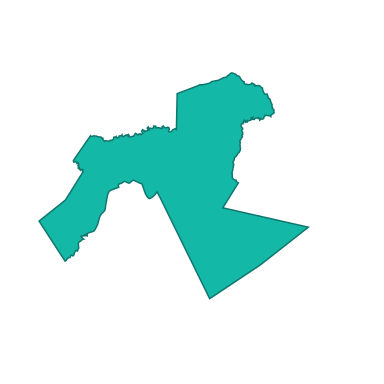 outline of Gilbués, Piauí, Brazil, rotated 122°
{"feature_id": "56859067B46664725205150", "entity_name": "Gilbués", "entity_type": "district", "adm_level": 2, "iso_a3": "BRA", "parent_name": "Brazil", "parent_adm1": "Piauí", "projection": "orthographic", "projection_center": [-45.496, -9.578], "detail": "fine", "context": "isolated", "style": "filled", "palette": "teal", "viewbox_px": 384, "rotation_deg": 122, "n_neighbors": 0, "source": "geoboundaries", "source_scale": "gbopen_adm2", "svg_char_len": 4443}
<svg xmlns="http://www.w3.org/2000/svg" viewBox="0 0 384 384"><g transform="rotate(122 192 192)"><path d="M69.8,221.4L71.4,222.4L72.7,222.5L73.9,223.2L74.9,223.5L76.7,223.9L78.2,225.8L80.6,227.2L81.6,227.9L82.9,228.5L88.0,233.9L90.2,234.6L91.3,235.8L92.9,237.1L94.0,238.4L95.8,240.3L96.2,241.3L96.8,242.1L99.6,243.9L100.7,244.8L116.5,256.7L118.8,255.3L147.2,238.4L147.1,239.6L148.0,240.4L149.4,241.3L150.6,241.5L151.9,241.7L152.8,242.3L153.0,243.9L150.6,244.6L149.7,245.7L149.9,246.9L150.8,247.4L152.0,249.4L151.2,251.3L152.4,252.0L154.1,251.1L154.6,251.7L154.6,252.9L155.4,255.0L156.8,256.4L155.4,257.5L156.4,259.5L157.8,258.7L159.5,259.5L159.7,260.7L160.8,262.2L160.0,263.6L161.6,263.9L162.2,262.7L162.1,261.4L164.6,263.1L165.0,264.0L165.9,264.3L165.2,265.5L165.3,266.9L167.2,266.9L167.8,265.7L168.2,264.8L170.2,265.4L170.0,266.5L170.8,267.7L172.1,267.7L172.5,268.9L172.0,269.9L172.2,271.0L173.0,271.1L174.7,271.1L175.7,271.1L176.4,272.2L177.5,272.9L178.3,273.9L178.7,275.0L178.4,276.4L177.4,275.4L176.8,276.3L177.7,276.9L178.3,277.4L178.6,278.2L179.5,278.4L180.7,279.4L181.7,279.4L181.5,281.0L180.6,281.7L181.9,281.9L183.1,283.5L184.0,283.1L184.7,283.6L185.7,283.5L185.7,285.0L185.1,285.8L186.3,286.1L186.9,287.4L187.9,287.1L188.6,286.5L189.7,286.9L190.6,287.2L191.3,288.6L192.7,289.3L193.3,290.0L193.7,290.9L194.2,292.3L195.2,293.2L195.2,294.1L194.7,295.4L193.6,296.0L194.2,297.0L193.6,298.1L194.4,299.8L195.0,300.9L195.3,302.9L195.9,303.7L196.2,304.9L197.2,305.7L198.4,306.9L198.0,307.9L212.7,308.6L228.2,309.3L228.8,308.7L229.3,308.0L228.4,307.2L227.8,306.7L228.3,305.5L228.8,304.7L227.6,304.0L229.1,302.4L229.8,302.9L230.6,301.6L231.2,300.2L232.0,301.1L232.2,300.0L232.6,297.9L231.5,297.8L230.9,296.6L232.2,296.1L232.3,295.1L265.8,295.1L272.8,297.5L283.3,301.2L297.7,306.3L317.9,263.0L316.6,262.4L315.2,262.5L314.1,262.2L312.9,261.7L312.3,260.8L311.4,260.8L310.1,261.3L309.5,260.5L309.3,259.1L308.0,258.8L305.9,259.4L303.3,259.7L302.8,257.8L301.7,258.2L299.6,258.3L298.1,259.5L296.8,260.5L295.3,261.4L294.3,261.3L293.2,260.8L292.3,260.2L291.1,260.1L290.2,259.7L289.4,258.9L289.2,260.2L288.9,261.6L288.2,262.7L286.1,259.9L285.6,260.7L284.0,259.6L285.1,258.7L284.8,257.6L283.4,258.5L282.4,258.6L280.8,257.7L279.8,256.6L277.2,254.5L274.8,254.3L269.9,254.8L261.5,257.2L258.6,257.2L254.2,256.2L252.0,256.7L249.4,258.0L239.2,262.1L235.5,262.6L234.4,262.3L229.8,259.0L226.8,256.6L225.9,257.6L224.9,258.4L224.0,258.1L222.9,257.2L220.7,255.7L219.3,255.4L218.6,254.6L218.3,251.8L218.0,250.3L217.3,249.6L215.7,249.1L214.1,248.6L213.0,247.9L212.7,245.4L212.1,240.5L211.5,239.0L213.4,236.5L217.2,231.8L218.5,230.0L220.1,226.7L220.3,224.8L218.9,223.7L217.0,222.8L214.0,222.0L210.5,221.6L213.5,216.3L231.5,187.4L273.1,120.5L217.1,95.2L165.2,76.5L160.2,74.7L163.0,82.8L165.2,89.0L189.1,157.5L173.7,157.5L165.2,157.5L159.7,157.5L159.7,159.1L159.6,160.0L158.6,160.8L159.0,161.9L159.1,164.4L158.4,165.3L157.0,166.4L155.4,167.4L154.7,168.2L153.8,168.5L151.9,169.0L149.7,170.1L148.4,170.3L147.7,170.9L146.4,171.2L145.3,173.1L143.5,173.2L142.2,173.3L141.2,173.9L140.1,174.1L138.9,173.5L137.7,173.7L136.5,173.3L135.2,173.6L134.3,173.4L133.6,173.0L132.4,173.1L131.2,173.2L130.0,173.8L129.2,174.1L128.4,174.8L128.0,175.5L127.2,175.7L126.2,176.6L124.6,177.2L123.6,178.4L122.5,178.5L121.4,178.5L120.2,178.8L119.2,178.5L118.1,178.7L117.5,179.7L116.0,179.6L115.3,180.2L114.3,180.9L114.1,181.8L113.5,182.4L112.6,182.7L111.7,182.4L110.9,183.1L110.6,184.8L110.0,185.6L109.0,185.8L107.5,185.9L107.1,184.9L105.1,185.6L103.4,185.7L103.4,184.8L104.7,183.8L102.9,183.2L103.8,182.9L103.3,182.2L102.1,182.4L101.1,181.2L99.5,180.1L97.9,181.2L96.4,180.0L98.6,179.7L97.4,177.5L96.5,177.7L95.4,176.8L93.9,175.5L94.7,174.7L93.4,173.5L95.1,172.6L93.6,172.0L92.5,170.5L91.3,170.3L90.2,170.7L89.2,170.4L88.1,170.6L87.4,169.0L86.2,166.4L86.3,165.1L84.9,165.8L83.0,164.9L82.2,164.6L81.3,164.3L80.3,165.4L79.1,165.8L78.7,166.6L78.8,168.0L77.7,168.4L76.9,169.7L75.3,170.5L74.3,172.4L72.8,174.0L72.0,175.0L71.7,175.8L72.1,176.9L71.1,177.9L70.5,178.4L69.1,180.2L70.0,181.3L70.4,182.5L69.4,184.2L68.7,185.2L67.7,186.5L66.5,187.2L66.6,188.7L66.1,190.5L66.2,191.5L66.7,192.5L67.8,193.8L68.7,194.6L68.7,195.6L67.7,195.6L67.7,197.5L67.8,199.0L69.2,199.1L70.7,200.5L71.3,201.5L71.6,202.8L72.5,203.8L72.3,205.2L71.0,206.0L71.1,207.3L70.8,209.1L70.3,210.5L69.2,212.5L68.9,213.3L69.1,214.3L69.6,215.2L69.2,216.2L69.0,217.4L69.8,221.4Z" fill="#14b8a6" stroke="#0f766e" stroke-width="1.5"/></g></svg>